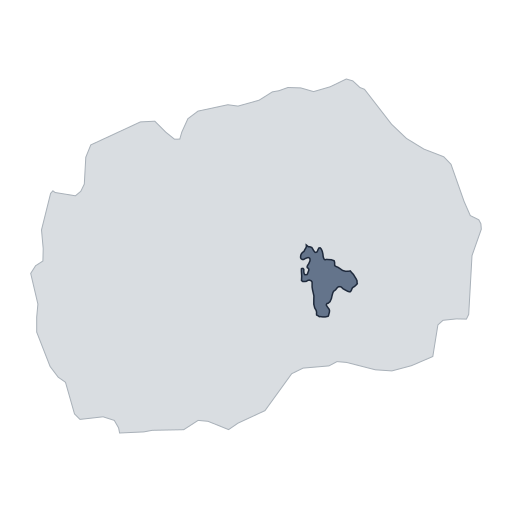 Negotino highlighted on a map of North Macedonia
{"feature_id": "MKD-2946", "entity_name": "Negotino", "entity_type": "Statistical Region", "adm_level": 1, "iso_a3": "MKD", "parent_name": "North Macedonia", "parent_adm1": "", "projection": "orthographic", "projection_center": [22.1, 41.501], "detail": "fine", "context": "in_parent", "style": "filled", "palette": "slate", "viewbox_px": 512, "rotation_deg": 0, "n_neighbors": 0, "source": "natural_earth", "source_scale": "10m", "svg_char_len": 2911}
<svg xmlns="http://www.w3.org/2000/svg" viewBox="0 0 512 512"><path d="M228.3,104.8L238.0,106.1L259.1,100.2L272.3,91.9L279.0,90.7L287.9,87.5L300.7,87.9L313.6,91.6L330.1,86.8L346.3,79.0L352.8,80.9L359.9,87.5L364.5,89.3L391.6,124.3L406.4,138.4L423.9,149.1L443.8,156.8L451.0,164.3L464.1,201.5L470.3,215.6L478.8,219.8L480.9,223.8L481.3,229.2L472.0,255.6L468.7,314.4L466.4,319.1L456.3,318.9L443.0,320.3L437.9,324.9L432.8,356.5L411.4,365.7L391.9,370.9L375.4,369.8L346.4,362.4L337.0,361.6L328.9,365.9L303.1,368.1L291.7,373.7L265.0,410.6L237.9,423.2L228.6,429.6L208.0,421.3L198.1,420.4L183.7,429.7L152.3,430.3L143.8,431.9L119.6,433.0L118.6,427.9L114.3,420.4L103.1,416.8L80.0,419.4L74.5,413.9L65.5,382.3L58.2,377.2L50.1,366.5L36.7,332.1L36.7,317.1L37.9,304.1L30.7,273.4L35.6,265.7L42.9,261.0L43.2,248.7L41.5,229.9L50.6,193.4L52.9,190.8L55.1,192.5L75.4,195.8L80.8,191.3L84.3,184.1L85.8,157.2L90.8,144.9L140.4,121.9L154.8,121.2L165.8,132.2L174.5,139.2L179.8,139.1L181.8,132.1L187.9,118.7L198.0,111.1L228.0,104.7L228.3,104.8Z" fill="#d9dde1" stroke="#a8b0b8" stroke-width="1"/><path d="M301.5,280.5L301.5,280.4L301.7,276.2L301.4,271.3L301.4,268.8L302.0,268.4L303.0,268.4L303.8,269.3L303.8,272.0L304.2,273.8L304.8,274.7L305.8,274.7L307.0,274.6L307.5,273.8L308.1,272.1L308.8,270.2L308.8,269.1L307.9,268.0L307.3,267.7L307.1,267.0L307.2,266.4L307.6,265.4L308.7,263.8L309.3,262.4L310.0,260.8L310.0,259.5L309.8,258.4L308.7,257.6L307.8,257.6L306.3,258.1L304.9,258.7L303.7,259.5L302.3,259.5L301.2,258.8L300.6,257.8L300.6,256.5L300.8,255.1L301.6,253.4L302.9,252.1L303.9,251.5L305.0,249.3L305.9,247.9L306.4,246.5L306.3,245.0L306.8,245.4L308.3,246.7L310.0,246.8L311.8,247.5L312.4,248.4L313.7,250.7L315.1,252.4L316.0,252.4L316.9,252.0L317.4,251.2L318.0,249.7L318.9,248.0L320.1,247.8L321.0,248.7L321.6,249.8L322.3,251.4L322.9,254.1L323.2,256.7L323.9,258.9L325.0,259.8L326.5,259.4L328.9,259.6L331.2,259.7L334.1,260.7L334.6,262.2L334.7,265.6L336.0,266.5L338.0,267.3L339.8,268.5L342.5,270.4L345.6,271.3L348.9,271.2L350.3,270.9L351.4,272.3L353.4,274.4L354.9,276.9L356.1,278.8L357.0,280.7L357.1,283.1L357.3,283.7L356.4,284.7L354.5,286.5L353.2,287.2L352.4,287.9L351.9,288.9L351.4,290.2L350.8,291.2L350.2,291.8L349.3,291.8L347.7,291.3L346.4,290.6L344.9,289.8L343.1,288.8L342.3,288.0L341.2,287.0L340.2,286.7L338.6,286.7L337.4,287.5L335.5,289.9L333.7,291.2L332.9,292.6L332.0,295.8L331.4,298.6L330.6,300.3L330.0,301.7L329.1,302.4L328.1,303.3L327.1,303.4L326.5,304.2L326.3,305.0L326.8,306.0L327.9,307.6L329.0,309.0L329.5,310.3L329.5,311.3L329.3,312.7L328.9,313.9L328.6,315.3L328.1,316.3L327.2,316.5L325.4,316.9L322.7,316.9L320.4,316.6L319.3,316.7L318.3,315.9L316.6,315.0L316.5,313.9L316.6,312.4L316.2,310.5L314.7,307.9L313.8,304.2L313.8,299.9L313.9,295.9L313.1,292.3L312.5,289.7L312.1,287.0L312.1,282.1L311.2,280.8L309.4,280.1L308.0,280.3L306.2,281.4L304.6,281.5L302.7,281.5L301.5,280.5Z" fill="#64748b" stroke="#1e293b" stroke-width="1.5"/></svg>